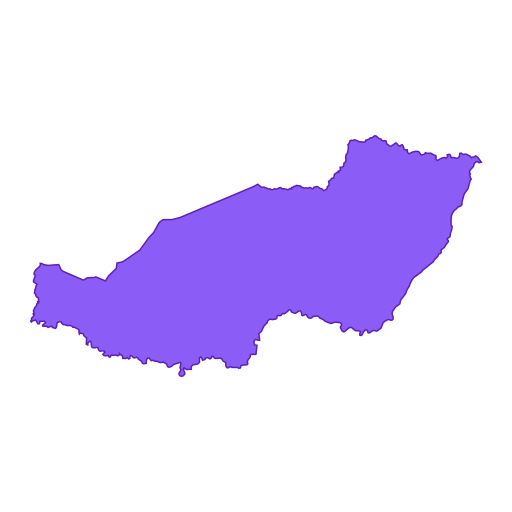 Novo São Joaquim, Mato Grosso, Brazil
{"feature_id": "56859067B6614921382651", "entity_name": "Novo São Joaquim", "entity_type": "district", "adm_level": 2, "iso_a3": "BRA", "parent_name": "Brazil", "parent_adm1": "Mato Grosso", "projection": "mercator", "projection_center": [-53.275, -15.062], "detail": "fine", "context": "isolated", "style": "filled", "palette": "violet", "viewbox_px": 512, "rotation_deg": 0, "n_neighbors": 0, "source": "geoboundaries", "source_scale": "gbopen_adm2", "svg_char_len": 6037}
<svg xmlns="http://www.w3.org/2000/svg" viewBox="0 0 512 512"><path d="M468.0,188.6L470.1,180.7L471.2,179.1L469.7,175.8L470.4,173.9L469.7,173.1L469.6,171.8L470.0,170.3L473.6,166.3L474.1,163.6L476.2,161.7L477.8,161.7L478.9,162.7L481.3,162.2L477.9,157.4L475.6,155.9L473.4,157.2L472.4,157.1L471.6,157.8L470.0,156.0L468.4,155.5L467.2,154.5L465.9,154.1L463.1,154.4L461.0,153.1L459.8,153.4L459.3,156.6L458.0,158.0L456.2,158.3L453.2,157.4L451.8,157.8L450.6,156.7L450.6,155.3L449.7,154.4L448.4,154.4L447.1,154.9L447.8,156.3L446.0,158.2L444.6,157.5L441.4,158.2L437.6,160.4L436.4,159.9L435.6,158.3L436.2,157.2L435.8,155.5L433.5,154.8L430.9,153.2L426.9,153.3L425.4,152.6L424.6,154.0L422.3,154.9L420.9,154.7L418.7,151.6L415.9,151.3L412.7,152.0L409.1,153.7L407.7,152.7L407.3,149.8L405.7,150.1L404.0,149.1L403.3,146.3L402.2,144.7L400.9,145.2L399.8,146.3L398.4,145.7L396.7,143.3L395.6,143.0L391.2,146.2L389.8,146.2L386.6,143.6L386.2,141.1L384.8,140.7L382.9,140.9L381.8,140.4L380.9,139.0L379.3,138.7L375.9,135.9L374.6,135.8L372.1,137.7L370.3,137.9L368.7,139.3L365.6,140.3L365.6,141.3L364.4,142.1L359.6,141.8L354.8,139.8L352.7,140.5L351.4,140.3L350.2,140.6L348.8,143.9L347.9,144.5L348.4,147.0L348.1,150.1L347.1,153.9L346.2,154.5L345.6,157.2L346.0,160.1L345.7,161.7L344.0,163.1L343.6,166.1L341.4,167.5L340.1,167.3L340.5,170.0L338.3,171.3L338.6,172.3L337.5,172.1L334.4,174.3L334.1,176.6L333.5,178.1L331.4,178.4L330.8,179.7L328.6,181.4L329.1,184.2L328.8,185.5L327.3,186.6L327.4,188.0L326.6,189.1L324.7,190.3L323.8,190.7L321.8,188.8L319.7,188.2L317.8,186.7L316.5,186.5L314.0,187.2L313.2,188.6L312.1,188.7L310.1,187.5L307.6,188.2L306.0,187.8L304.6,188.1L301.6,187.2L300.6,186.0L296.5,185.4L295.3,186.2L294.0,186.3L293.0,187.4L291.7,187.5L291.4,188.9L290.0,188.5L287.9,189.8L284.5,188.8L281.8,188.7L280.9,187.7L279.7,187.6L276.3,189.3L274.6,188.6L273.2,189.5L271.6,189.8L270.3,188.9L268.8,189.0L263.9,187.1L261.4,187.3L257.8,184.3L253.0,186.8L180.1,217.5L171.9,219.6L163.3,219.6L160.1,221.7L159.0,222.9L153.6,232.6L149.1,237.3L139.8,250.1L124.3,260.8L121.8,262.1L117.0,263.0L116.3,268.4L108.6,275.9L105.4,280.9L95.8,276.9L94.4,277.5L87.3,277.8L83.3,280.1L62.8,271.2L61.0,269.6L58.7,264.6L48.2,265.4L44.0,264.7L41.4,263.4L40.2,263.4L40.4,265.1L39.2,266.9L35.7,269.9L34.1,272.8L34.0,274.1L35.0,275.1L35.1,276.4L33.5,280.6L33.5,281.9L37.0,284.2L35.7,286.9L35.6,288.7L35.0,289.4L34.5,293.3L35.7,294.2L35.8,295.5L36.6,297.0L37.8,297.4L38.5,298.7L38.4,300.5L38.9,301.6L37.7,301.7L38.1,303.3L37.1,303.4L36.0,306.5L35.0,307.3L33.4,310.8L34.0,313.0L33.1,313.9L34.2,314.6L32.8,317.1L31.7,318.0L31.5,319.8L30.7,321.2L31.5,322.0L32.3,321.0L35.7,320.0L37.9,323.7L39.2,323.8L39.7,323.0L39.8,321.4L44.0,321.2L45.1,321.7L45.3,322.8L42.5,325.2L42.9,326.2L46.9,326.3L47.9,327.4L51.6,326.2L52.5,327.5L55.5,328.4L56.5,326.9L57.1,322.7L59.4,321.7L61.3,322.0L62.0,323.7L63.3,324.6L65.1,324.7L66.7,325.5L70.4,325.5L72.0,326.2L72.9,327.3L74.9,327.3L76.0,328.2L77.9,328.9L79.2,330.4L78.9,331.9L79.4,334.1L80.4,333.0L83.3,333.9L84.0,335.9L86.6,337.9L86.3,344.3L87.8,344.9L87.9,342.8L90.1,341.2L91.0,341.9L91.5,346.6L92.5,347.6L94.8,347.9L96.3,347.3L97.9,347.7L98.6,349.9L99.4,350.9L100.5,351.3L102.1,350.8L104.1,351.1L105.0,352.0L102.9,354.3L103.6,355.4L105.2,355.8L108.3,355.4L108.8,356.7L109.9,357.3L111.6,355.0L113.3,355.4L115.4,355.0L117.8,355.8L119.2,355.0L119.6,353.6L120.8,354.9L122.4,355.8L122.8,358.4L125.7,358.5L127.1,357.6L128.8,359.0L129.9,358.2L129.9,356.2L130.8,355.6L132.0,356.0L133.2,357.6L134.2,357.9L136.7,357.3L137.9,358.1L138.6,359.4L141.1,360.8L142.4,363.1L143.6,363.8L146.3,363.3L146.4,360.0L146.9,359.1L147.7,358.1L148.9,358.0L151.3,360.7L153.1,360.3L154.6,361.1L157.5,361.3L159.0,362.3L160.6,362.6L163.3,362.1L166.6,364.1L167.6,366.6L169.0,367.3L171.3,366.5L174.0,364.3L180.2,362.4L180.9,363.6L180.0,367.8L181.0,370.0L179.1,373.0L179.0,374.4L180.0,375.8L181.1,376.2L182.7,376.1L184.7,374.3L184.7,372.4L183.6,370.2L183.5,368.6L184.1,367.8L185.1,368.8L186.7,369.5L191.3,369.3L191.1,367.6L191.5,366.3L192.9,364.8L197.3,364.1L198.4,363.5L199.5,362.2L199.5,357.7L200.7,357.0L201.5,357.7L202.6,360.3L204.9,359.5L205.5,358.2L206.8,357.6L208.0,357.8L209.9,358.9L211.4,357.8L211.9,356.4L212.9,356.2L214.1,357.8L215.5,358.5L220.1,358.1L221.5,358.6L223.0,360.9L225.7,362.6L225.9,366.1L226.9,367.7L228.2,367.8L230.2,366.7L232.1,367.4L237.8,367.5L238.8,368.3L240.4,367.9L240.9,365.7L241.9,365.2L246.9,364.8L247.8,363.9L247.4,361.5L248.0,359.9L250.0,357.3L250.4,354.8L252.5,354.2L254.6,354.5L256.0,354.1L257.0,345.3L254.6,344.9L253.9,342.8L254.2,341.1L254.9,339.9L255.8,339.3L257.7,340.2L259.6,340.3L258.8,333.6L261.4,331.4L264.0,326.0L267.1,322.8L267.7,320.7L269.9,319.1L272.5,319.6L275.7,319.1L276.8,318.2L277.0,316.0L277.9,315.5L280.1,315.7L281.1,315.3L282.0,314.0L282.9,313.5L284.4,313.8L287.6,311.4L288.8,309.8L290.4,309.8L291.6,312.0L294.5,313.2L295.7,313.2L299.2,310.8L300.5,311.1L301.5,312.7L301.8,315.2L302.7,315.7L305.5,314.6L306.5,314.6L307.4,316.7L308.7,317.9L310.1,318.2L311.6,317.9L313.3,316.4L317.5,316.0L318.7,316.6L319.9,318.1L323.3,319.6L325.1,321.2L330.4,323.4L331.5,323.4L334.7,322.1L340.0,322.6L341.5,324.0L341.5,325.5L340.5,326.6L340.4,327.7L342.2,331.0L343.4,331.8L345.0,331.3L348.8,327.9L351.2,327.3L355.3,330.6L359.7,331.0L360.5,331.8L359.7,333.6L359.9,335.2L361.3,335.5L362.2,334.7L363.5,331.8L365.8,329.7L367.2,330.2L368.0,332.7L369.4,332.9L373.2,330.4L376.9,331.1L381.1,328.1L383.0,323.0L384.7,321.3L387.9,319.6L389.2,319.6L391.1,320.3L392.3,320.0L393.1,319.2L393.1,317.2L392.1,313.7L392.4,311.6L395.6,307.0L399.9,303.8L400.6,300.2L405.7,293.5L407.1,289.5L409.3,286.1L410.1,283.5L412.2,279.6L413.8,277.5L421.4,272.0L423.1,269.9L433.4,261.7L434.1,260.1L437.8,256.3L438.9,253.9L440.6,253.4L441.2,252.1L441.1,249.9L444.5,247.3L445.8,244.9L447.8,242.4L448.4,241.5L448.3,240.4L447.3,239.6L447.3,238.6L450.0,236.7L450.7,232.2L451.7,229.8L452.2,226.4L451.2,225.4L451.0,221.7L451.3,216.4L452.0,214.0L454.3,210.4L455.9,209.4L457.9,207.2L460.9,205.9L462.0,204.4L461.9,202.4L464.1,194.2L468.0,188.6Z" fill="#8b5cf6" stroke="#5b21b6" stroke-width="1.5"/></svg>